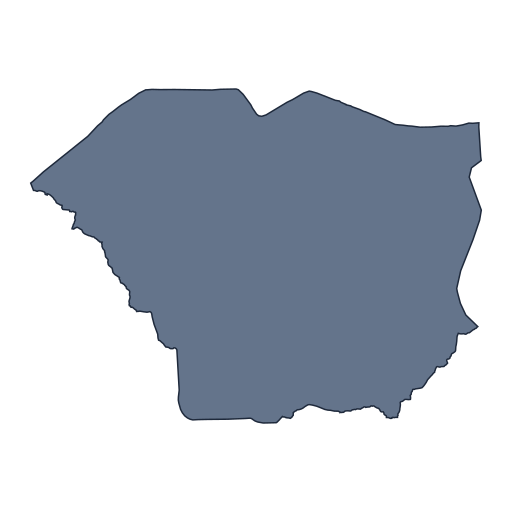 outline of Oudalan, Oudalan, Burkina Faso
{"feature_id": "67063806B71789570765121", "entity_name": "Oudalan", "entity_type": "district", "adm_level": 2, "iso_a3": "BFA", "parent_name": "Burkina Faso", "parent_adm1": "Oudalan", "projection": "mercator", "projection_center": [-0.376, 14.623], "detail": "fine", "context": "isolated", "style": "filled", "palette": "slate", "viewbox_px": 512, "rotation_deg": 0, "n_neighbors": 0, "source": "geoboundaries", "source_scale": "gbopen_adm2", "svg_char_len": 6023}
<svg xmlns="http://www.w3.org/2000/svg" viewBox="0 0 512 512"><path d="M477.8,326.6L465.8,315.0L460.4,303.4L457.4,292.2L456.7,288.5L460.7,270.7L473.0,239.6L479.6,220.2L481.3,210.1L469.2,177.1L471.5,167.8L481.2,160.5L480.7,156.7L478.8,127.0L478.9,122.8L472.7,123.3L468.8,123.1L462.6,124.9L456.0,126.1L450.6,125.7L448.2,126.3L440.9,126.2L431.6,127.0L420.2,127.2L411.8,126.1L408.3,125.9L403.0,125.2L399.1,124.9L395.1,124.5L385.5,120.0L365.5,111.8L363.7,111.4L359.8,109.5L352.0,106.7L350.8,105.9L346.1,104.8L346.1,104.5L340.9,102.3L339.4,101.0L335.3,100.3L317.0,93.1L311.4,91.5L309.2,91.1L303.6,93.1L292.4,99.7L287.0,102.3L266.1,114.9L261.8,116.3L258.7,115.8L256.6,114.2L252.4,108.0L250.8,104.8L243.1,94.3L238.3,89.7L236.1,89.0L220.3,89.3L212.2,90.0L174.5,89.5L160.1,89.6L152.0,89.4L147.1,89.8L145.8,89.8L138.7,93.3L130.4,99.5L121.8,104.7L118.6,107.0L112.9,111.5L109.0,114.3L103.5,119.8L102.2,121.9L97.6,125.8L87.8,136.3L43.4,171.9L33.2,181.1L30.7,183.1L33.5,190.4L35.1,190.5L36.3,191.1L37.4,191.3L38.7,190.7L40.2,190.7L42.3,191.2L44.4,192.1L44.9,192.5L45.1,194.1L45.3,194.4L47.1,195.0L47.1,193.7L47.8,193.9L49.6,194.6L51.4,196.0L53.4,197.9L53.7,198.7L55.5,200.7L55.8,201.3L55.9,201.7L56.3,202.6L57.3,203.4L58.5,203.9L60.1,204.9L61.1,205.2L61.9,205.2L62.2,205.9L61.8,207.3L61.8,207.7L62.0,208.2L62.7,209.3L63.2,209.5L67.6,209.9L69.0,210.0L69.4,210.2L69.6,210.8L69.7,211.5L71.0,211.6L71.5,211.8L72.9,211.3L73.3,211.4L73.8,211.9L74.3,212.1L75.3,212.1L75.7,212.5L75.7,213.2L75.5,214.5L75.7,214.9L75.0,216.1L74.7,217.8L74.9,218.9L75.3,220.0L74.4,222.0L74.2,223.2L74.0,223.6L73.4,224.3L73.1,225.6L72.1,228.2L72.0,228.8L73.8,229.1L74.2,228.4L74.5,228.4L76.9,227.3L77.4,227.4L78.7,228.0L80.6,229.3L81.5,229.6L81.8,229.9L82.8,232.1L83.6,233.0L84.6,233.8L85.7,234.3L89.2,235.8L90.1,235.8L91.3,236.4L92.3,236.8L93.7,236.9L94.2,237.2L95.0,238.1L96.2,238.7L96.9,239.4L97.5,239.7L98.3,240.8L99.0,241.1L99.4,241.4L99.7,241.9L101.4,242.2L102.1,242.2L101.6,243.5L102.1,244.7L102.0,246.4L102.8,248.4L103.0,248.8L104.6,250.7L104.6,252.0L104.9,252.4L105.4,255.2L105.4,256.1L105.8,257.1L108.0,259.5L108.1,260.3L107.8,262.1L108.1,263.8L108.2,264.4L108.7,265.3L109.7,266.2L110.5,266.6L111.4,267.7L112.1,268.1L113.0,272.4L114.8,274.5L119.4,277.5L119.2,278.9L120.0,280.1L120.5,282.2L120.9,282.9L122.5,283.3L123.3,284.1L124.0,284.4L124.4,284.7L124.8,285.5L125.4,286.0L126.2,286.8L126.2,287.8L126.6,288.6L127.7,289.5L128.5,289.9L129.2,290.6L129.7,291.4L129.7,292.3L129.5,294.2L129.5,295.1L130.0,296.1L130.0,297.8L129.0,301.2L129.1,302.1L129.4,303.5L129.1,304.2L129.2,305.2L129.4,305.7L130.0,305.7L130.5,306.4L130.5,306.7L131.1,307.3L131.5,307.3L131.9,307.2L132.8,307.5L134.8,309.3L135.9,309.9L136.4,311.0L136.9,311.6L137.5,311.3L138.3,311.3L138.8,311.4L139.6,311.1L143.7,311.8L147.0,312.2L148.7,311.9L149.1,311.8L149.9,311.6L151.0,312.3L151.5,313.1L151.8,314.3L152.2,316.9L154.1,324.4L157.7,334.1L158.0,338.0L158.6,340.2L159.7,340.6L160.2,340.9L161.7,342.3L163.5,343.8L164.3,345.1L165.8,347.0L167.6,347.2L169.0,347.6L169.5,348.1L170.4,348.6L172.0,348.7L173.1,348.6L173.9,347.8L174.9,347.9L176.1,348.6L176.8,349.7L176.9,350.2L179.2,390.2L178.4,397.0L178.3,400.1L178.8,403.0L180.6,409.4L182.3,412.7L184.7,415.8L187.4,417.9L190.0,419.2L192.8,419.9L198.0,419.6L207.6,419.4L227.7,419.2L245.1,418.5L249.4,418.2L250.8,418.3L251.9,418.8L254.7,420.8L256.1,421.4L257.7,422.0L263.2,423.0L276.2,422.7L276.9,422.3L279.6,419.6L280.7,418.2L281.4,417.7L282.3,416.5L282.6,416.8L283.3,417.0L283.9,416.8L284.9,417.1L285.4,417.5L286.1,417.5L287.0,417.9L287.5,417.8L289.1,418.0L290.1,418.3L290.5,418.3L291.0,417.9L291.7,417.1L292.1,417.0L292.8,415.7L293.2,415.4L293.3,412.5L294.2,411.9L294.9,411.3L295.4,411.0L296.0,410.9L296.5,410.4L296.8,410.2L297.1,409.9L297.6,409.7L298.8,409.7L299.9,409.4L301.4,408.9L303.1,408.0L304.9,406.6L307.9,404.8L309.5,404.6L312.5,405.1L316.7,406.2L320.8,407.8L324.7,409.4L327.8,410.1L330.5,410.3L334.3,411.1L338.2,411.2L339.9,412.0L340.0,412.6L340.5,412.4L341.9,412.5L342.5,412.3L343.5,412.3L344.0,412.0L344.8,411.2L346.0,410.9L347.9,410.8L349.9,411.0L350.7,411.0L351.5,410.5L352.3,409.8L353.5,409.7L354.1,409.4L354.4,409.4L355.6,409.6L356.2,409.2L357.0,408.9L358.1,408.9L358.6,409.0L360.0,409.1L360.6,409.1L361.7,408.2L362.3,408.0L363.3,407.4L363.8,407.0L364.9,406.8L365.7,407.4L367.0,407.1L369.8,406.9L371.0,405.9L371.5,405.9L372.2,406.2L373.0,405.9L374.0,406.0L374.4,406.4L376.4,407.6L377.2,408.0L378.7,408.4L379.8,409.9L380.6,411.4L381.2,411.8L381.9,411.9L383.2,411.8L383.8,412.7L384.1,414.3L384.7,414.9L385.8,415.4L386.3,415.9L386.4,417.5L387.2,417.5L388.5,417.6L390.4,418.4L391.8,418.3L392.1,418.0L392.0,417.6L393.0,417.3L394.1,417.7L394.6,417.5L395.4,417.4L397.5,417.4L397.5,416.1L398.0,415.5L397.9,415.1L397.9,414.0L398.0,413.6L398.8,412.6L399.3,411.6L399.8,409.9L399.8,408.9L400.1,407.1L400.4,404.9L400.2,402.4L400.7,401.8L402.5,401.3L404.9,399.4L406.8,399.4L408.2,399.6L409.8,399.5L410.4,399.4L410.5,399.1L410.6,397.5L410.4,397.0L410.5,396.1L410.2,395.6L410.5,395.0L411.1,394.5L411.2,394.2L411.4,392.3L411.5,392.0L412.1,391.6L412.7,389.5L413.2,389.3L414.0,389.4L414.6,389.3L415.6,388.8L416.8,388.7L420.1,388.2L422.0,387.7L423.4,386.3L424.7,384.6L426.2,382.4L427.6,379.7L431.4,375.5L432.5,374.5L432.7,374.0L433.4,373.2L434.7,372.1L434.7,371.2L435.3,369.9L435.5,368.8L436.4,367.3L436.5,366.9L437.1,366.6L437.6,366.6L438.3,366.8L439.6,367.1L440.4,367.0L441.2,366.6L442.5,366.6L443.9,366.5L444.2,366.3L444.6,365.7L446.1,364.8L447.6,363.1L447.3,362.3L446.9,361.4L446.7,360.5L446.7,359.9L447.2,359.3L447.5,359.1L448.8,359.0L450.0,358.0L450.0,357.4L450.3,356.7L451.1,355.8L451.2,355.0L451.6,353.9L452.2,353.4L452.7,353.3L454.9,351.7L455.4,351.0L455.6,350.2L455.8,346.7L456.3,344.5L456.7,341.5L457.0,337.1L457.2,336.0L458.3,333.3L459.3,333.6L459.9,333.8L461.9,333.9L463.6,333.7L463.9,333.7L464.2,333.9L465.3,334.2L466.1,334.1L467.9,332.9L468.4,332.8L469.1,332.8L469.6,332.6L472.7,330.1L473.5,329.6L474.2,329.4L474.8,328.8L475.3,328.5L475.9,328.4L476.5,327.9L477.0,327.2L477.8,326.6Z" fill="#64748b" stroke="#1e293b" stroke-width="1.5"/></svg>